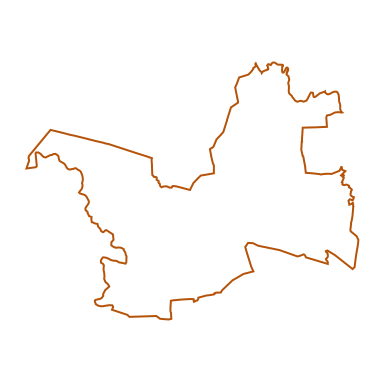 outline of San Juan Cacahuatepec, Oaxaca, Mexico, rotated 268°
{"feature_id": "50627088B64633222678632", "entity_name": "San Juan Cacahuatepec", "entity_type": "district", "adm_level": 2, "iso_a3": "MEX", "parent_name": "Mexico", "parent_adm1": "Oaxaca", "projection": "robinson", "projection_center": [-98.147, 16.655], "detail": "fine", "context": "isolated", "style": "outline", "palette": "amber", "viewbox_px": 384, "rotation_deg": 268, "n_neighbors": 0, "source": "geoboundaries", "source_scale": "gbopen_adm2", "svg_char_len": 5996}
<svg xmlns="http://www.w3.org/2000/svg" viewBox="0 0 384 384"><g transform="rotate(268 192 192)"><path d="M122.7,303.6L115.4,325.2L116.7,325.3L117.7,325.1L118.4,324.6L119.2,323.9L120.3,323.5L121.0,324.1L121.9,325.1L123.0,325.5L124.3,325.6L126.1,325.2L127.5,323.9L128.2,323.7L128.6,324.6L128.8,325.3L123.9,332.7L109.4,349.8L111.3,351.9L118.5,353.0L125.1,354.2L132.2,355.7L135.0,356.2L138.3,356.6L142.1,355.0L147.2,349.2L148.0,349.0L148.9,349.0L153.9,349.8L155.0,349.9L155.4,349.8L156.0,350.0L158.3,350.7L162.7,351.6L171.5,352.6L171.8,352.8L172.3,352.5L174.5,352.7L175.6,352.3L175.6,352.2L175.0,352.3L173.8,348.8L177.8,348.1L179.2,349.4L178.1,352.3L178.9,352.6L179.5,353.1L181.2,353.6L181.3,353.5L181.4,352.6L183.1,350.5L184.0,350.4L184.8,350.4L185.6,350.7L186.9,350.8L188.5,351.8L188.9,351.8L190.3,350.3L191.0,349.8L191.3,349.0L191.8,349.0L192.7,349.2L194.0,346.9L193.9,345.9L193.6,344.8L193.6,344.0L194.1,342.7L194.7,342.5L195.7,342.8L196.2,342.7L196.6,342.1L198.9,343.4L199.0,343.4L200.9,344.2L201.6,343.4L203.3,344.4L204.2,343.1L202.9,342.2L203.4,341.5L207.5,346.0L208.2,344.6L208.3,344.1L209.0,342.8L210.3,342.7L211.8,342.4L211.8,342.1L208.1,340.2L205.5,333.1L205.2,332.3L205.5,328.2L205.4,324.3L205.0,321.4L205.5,319.7L206.6,312.0L207.2,306.4L212.4,306.0L212.6,306.1L223.8,304.4L224.0,303.9L230.2,302.7L238.2,303.4L238.2,303.5L238.4,303.8L240.1,303.7L252.4,304.9L252.4,311.0L252.3,316.4L252.4,329.1L256.8,329.0L261.8,328.8L263.8,329.5L264.3,332.8L266.5,337.8L266.7,340.4L266.5,342.9L266.2,343.7L266.3,344.8L267.4,343.7L268.6,343.3L269.5,343.1L270.3,343.0L272.3,343.2L274.8,343.0L276.5,342.4L278.5,342.1L281.0,342.2L282.5,342.0L283.5,342.0L284.6,341.8L285.5,341.2L286.3,341.0L287.2,340.0L287.3,338.7L287.2,337.4L286.3,335.0L285.4,333.7L285.2,332.5L284.8,331.5L285.1,330.4L285.9,329.4L286.6,328.8L287.2,328.4L287.8,328.4L287.6,328.1L286.2,323.3L283.3,319.3L282.6,318.1L282.6,317.3L283.1,316.8L286.9,316.3L287.3,314.4L285.8,313.3L284.1,312.5L282.7,311.6L282.0,311.4L279.3,309.5L278.4,306.8L279.1,304.5L279.3,304.2L279.3,303.5L279.2,302.8L278.6,300.8L278.6,300.3L279.1,299.2L279.6,298.4L283.3,295.7L284.8,294.9L286.0,293.6L287.5,292.4L289.6,292.2L292.8,292.5L295.0,292.5L297.4,291.9L298.8,292.4L300.7,293.1L304.2,292.5L306.0,290.6L306.3,290.6L308.1,291.2L309.1,291.7L308.9,291.2L310.5,291.8L311.1,292.1L311.8,292.4L312.6,292.0L312.8,291.9L312.9,291.7L313.1,291.3L313.1,291.1L312.5,290.3L310.1,289.1L308.3,287.8L308.1,287.1L308.3,286.6L309.4,286.3L311.5,286.3L314.3,286.6L314.6,287.3L315.4,287.4L316.0,286.9L316.3,282.2L318.4,279.2L318.6,277.9L318.4,276.9L316.6,275.5L316.8,275.3L316.8,275.2L316.2,275.0L317.1,272.7L316.7,272.4L315.8,271.5L314.9,272.0L312.9,272.5L312.6,272.1L312.1,272.4L311.7,272.1L311.4,271.4L310.8,269.0L310.1,267.4L309.6,266.7L308.5,265.9L308.9,265.8L309.8,265.2L310.2,264.7L311.5,263.6L313.2,262.7L315.7,261.3L318.3,260.2L317.7,259.7L316.6,260.1L315.9,260.1L315.5,259.9L314.6,259.0L313.9,257.7L312.7,257.4L310.2,255.4L307.4,252.5L304.8,243.1L298.2,240.4L295.1,238.8L285.8,240.3L280.7,241.2L279.7,241.1L275.2,233.9L263.6,229.8L262.4,229.5L250.9,225.4L248.5,223.2L243.7,218.3L236.4,215.0L234.2,211.4L225.7,212.7L219.9,213.9L217.8,214.8L209.9,214.5L208.1,201.3L205.9,198.9L200.9,193.7L194.1,190.1L198.2,176.5L198.3,175.8L198.6,173.5L198.5,172.6L197.2,172.0L197.1,169.9L198.0,168.0L198.5,167.0L198.6,166.1L198.5,163.8L197.8,161.8L198.6,160.7L200.2,160.1L201.1,160.1L201.5,160.0L201.9,159.2L202.7,158.8L203.8,159.0L204.0,159.1L204.7,158.3L205.4,157.1L206.7,157.1L207.0,157.2L207.4,157.3L207.9,157.0L208.3,156.3L208.3,156.1L208.5,155.3L208.4,154.7L208.5,154.4L209.7,153.6L210.2,153.2L210.9,153.0L210.9,152.9L215.2,152.9L221.1,152.9L225.0,152.7L227.3,153.1L227.8,151.5L229.0,148.5L233.1,136.9L239.4,119.7L242.8,110.4L243.7,106.6L244.1,105.8L246.6,96.5L248.8,89.0L252.3,76.8L253.4,72.2L255.6,64.9L259.0,52.8L233.9,30.5L233.2,30.2L231.4,29.8L230.3,30.2L229.0,30.3L221.3,27.4L222.2,36.8L223.3,37.8L236.2,37.0L237.0,37.6L236.8,39.1L236.9,39.8L235.2,42.3L234.1,43.0L232.2,44.9L231.6,46.9L233.8,51.6L233.9,53.3L234.8,54.8L234.9,56.9L232.9,59.6L228.9,60.3L227.5,60.9L226.5,62.5L225.2,64.7L224.0,66.0L220.8,67.6L219.7,68.4L218.9,69.8L218.7,71.2L219.2,73.1L219.2,74.2L219.8,75.6L219.8,76.8L218.2,78.8L217.5,80.2L216.2,81.5L212.8,82.8L210.5,83.2L208.8,83.4L205.9,82.9L204.7,82.4L203.0,82.8L201.7,82.8L199.8,82.3L198.4,81.5L196.9,80.1L195.5,79.1L194.6,79.8L194.1,80.8L193.4,83.2L192.3,85.4L190.8,86.5L186.9,88.4L185.9,88.6L185.0,88.5L183.9,88.0L182.6,87.1L181.1,85.9L179.7,85.1L178.4,84.8L177.2,85.3L176.4,86.3L175.7,87.0L174.5,87.0L171.5,88.3L170.6,90.7L169.7,90.7L168.7,90.4L165.3,90.8L164.8,92.4L164.0,93.8L163.4,96.4L160.5,97.1L158.2,99.1L156.2,99.8L155.1,101.2L155.0,102.1L156.8,104.2L156.8,105.2L152.4,111.5L147.0,111.9L144.6,109.7L141.5,109.5L140.7,110.5L139.4,112.4L139.5,112.9L138.9,114.0L139.1,115.9L139.0,118.1L138.4,119.9L137.2,121.8L136.3,121.8L133.9,123.2L131.3,123.7L130.1,124.3L124.1,123.9L122.7,123.0L123.3,121.0L124.3,116.3L125.3,115.1L125.9,113.5L126.2,110.7L126.9,108.4L128.5,105.9L129.5,103.3L129.8,100.7L128.3,99.4L126.8,98.6L124.6,98.5L123.3,100.5L121.7,101.4L120.0,101.1L117.3,100.9L114.4,101.4L111.0,101.6L108.3,101.2L105.6,102.1L104.4,102.9L103.8,103.8L102.3,105.1L100.5,106.0L100.1,105.7L97.0,101.8L93.0,99.6L91.4,99.7L89.7,98.5L88.6,97.1L87.5,91.7L86.4,91.0L84.0,91.7L83.4,91.8L81.7,94.2L80.9,97.5L81.0,99.1L81.8,105.3L81.5,108.5L79.8,109.2L77.1,107.9L71.5,123.1L69.4,125.1L69.3,152.0L66.4,155.7L65.4,164.3L66.0,166.9L72.0,166.8L73.0,166.4L73.5,166.3L75.5,166.3L84.0,167.1L84.5,169.9L84.4,170.0L84.9,177.9L85.1,186.7L84.8,189.9L82.4,190.0L82.2,190.1L83.3,192.6L83.3,193.1L83.6,193.7L85.0,194.5L86.2,194.7L88.1,203.1L88.3,206.1L88.9,210.4L89.7,210.6L90.0,210.9L89.8,211.2L89.7,211.5L89.9,211.8L90.6,212.5L90.5,217.3L92.7,218.6L102.3,229.4L108.3,240.6L110.5,250.6L115.2,248.6L131.0,244.3L135.2,243.3L139.2,246.3L138.7,251.2L136.0,256.2L130.9,277.4L123.9,295.2L124.6,298.0L125.8,301.5L124.8,302.7L122.7,303.6Z" fill="none" stroke="#b45309" stroke-width="2"/></g></svg>